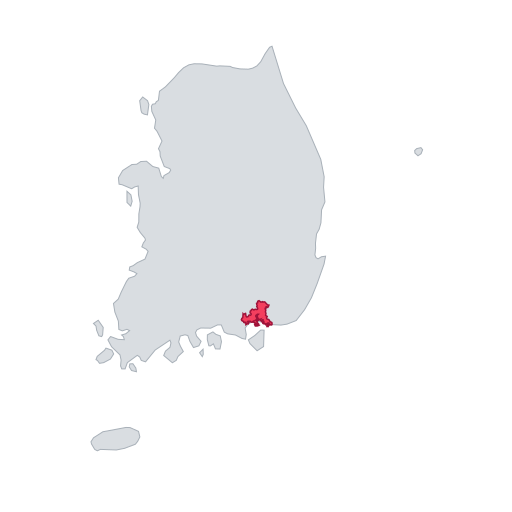 Changwon-si, South Gyeongsang, South Korea shown in context, rotated 6°
{"feature_id": "91817680B26152541530210", "entity_name": "Changwon-si", "entity_type": "district", "adm_level": 2, "iso_a3": "KOR", "parent_name": "South Korea", "parent_adm1": "South Gyeongsang", "projection": "mercator", "projection_center": [128.624, 35.222], "detail": "fine", "context": "in_parent", "style": "filled", "palette": "rose", "viewbox_px": 512, "rotation_deg": 6, "n_neighbors": 0, "source": "geoboundaries", "source_scale": "gbopen_adm2", "svg_char_len": 7037}
<svg xmlns="http://www.w3.org/2000/svg" viewBox="0 0 512 512"><g transform="rotate(6 256 256)"><path d="M140.7,113.0L142.6,111.5L142.7,109.3L142.8,102.2L148.2,97.3L156.1,87.2L159.9,81.6L164.3,76.4L169.3,72.9L174.3,71.3L182.1,70.6L197.1,71.3L200.0,70.7L210.5,70.1L212.9,71.0L220.5,71.6L228.9,71.0L233.1,69.5L237.0,66.9L240.4,62.3L244.0,53.7L247.7,47.0L250.0,45.7L265.3,81.6L279.9,104.6L292.4,121.2L310.3,153.1L315.5,170.1L316.0,180.6L318.9,195.0L316.4,203.2L317.1,216.2L316.0,222.8L313.9,227.7L313.8,237.1L314.5,242.1L314.5,248.8L315.9,251.4L318.0,252.3L321.2,249.9L325.2,248.9L324.5,256.9L319.7,277.0L315.5,291.7L309.9,304.4L302.7,316.0L294.0,320.5L288.0,322.1L276.4,322.7L266.8,320.8L258.5,322.2L255.2,324.6L252.7,328.7L254.5,335.1L254.3,339.8L250.8,339.5L243.8,336.7L236.0,336.4L232.4,335.0L228.7,328.2L225.0,328.5L218.5,332.5L208.5,333.4L205.0,335.6L203.8,338.4L205.3,341.9L210.3,346.6L208.6,351.3L203.4,353.6L199.2,347.8L196.5,342.2L193.6,341.8L189.0,343.5L188.1,349.6L190.3,353.7L193.7,358.6L188.9,364.1L187.6,368.1L184.0,370.9L174.6,364.6L175.9,360.1L180.0,355.8L180.5,351.3L179.2,348.7L165.6,360.0L157.2,372.8L152.8,371.8L150.9,368.6L148.3,367.2L139.2,375.5L137.6,382.0L134.3,382.3L132.8,379.5L132.7,373.6L131.1,368.6L121.8,361.3L117.5,354.9L119.8,351.3L127.6,353.3L133.8,353.0L132.6,350.0L130.6,348.6L134.7,346.9L138.1,343.4L135.3,342.4L130.9,344.4L127.3,343.4L125.9,335.1L121.5,326.5L119.2,318.1L123.5,313.3L125.8,305.8L129.8,294.9L131.8,291.4L137.4,288.8L139.4,286.0L136.4,284.6L131.4,283.3L131.6,280.1L134.9,278.4L138.7,275.0L145.9,270.7L148.2,262.7L146.1,260.7L141.5,258.8L142.6,254.8L144.4,251.7L143.7,249.9L138.4,244.7L134.8,239.9L135.9,234.5L135.1,226.3L135.5,219.4L135.3,215.6L132.7,207.2L131.5,198.7L128.1,200.0L125.3,202.1L115.4,199.1L112.3,198.9L111.0,192.6L114.5,184.9L123.0,178.0L127.8,177.2L131.5,174.1L137.2,173.2L144.0,177.8L150.1,178.8L153.5,186.8L155.6,188.5L156.1,185.6L161.0,182.1L162.2,179.5L161.1,178.1L155.4,176.6L150.3,166.6L149.6,162.3L147.8,159.5L150.5,151.5L144.6,142.4L141.7,139.5L142.1,131.2L139.0,126.0L137.3,123.1L136.3,118.1L137.2,115.9L139.9,115.1L140.7,113.0ZM121.4,464.6L118.6,466.3L116.0,465.3L115.3,464.5L112.1,460.2L111.3,458.0L113.4,453.8L122.1,446.8L144.6,440.1L148.6,439.8L157.5,442.7L159.4,448.1L157.7,452.7L155.7,455.8L145.4,461.0L137.4,463.5L121.4,464.6ZM273.0,345.3L267.0,350.1L259.1,343.7L257.2,340.2L263.2,335.1L268.4,329.2L271.8,328.9L273.0,345.3ZM230.6,344.8L229.9,352.3L225.4,352.6L222.8,347.8L220.0,350.2L218.5,350.2L216.3,344.2L215.9,339.5L221.1,336.0L224.3,338.1L228.8,339.2L230.6,344.8ZM115.6,378.0L111.6,379.1L109.3,376.5L107.7,375.8L108.6,372.4L115.2,365.6L116.4,363.3L122.5,364.7L124.7,368.3L122.0,373.7L115.6,378.0ZM133.6,116.5L133.3,127.0L129.8,126.6L127.5,125.5L126.5,123.5L124.1,113.7L126.7,109.7L131.9,112.9L133.6,116.5ZM111.7,350.5L110.9,352.3L108.1,351.8L105.3,346.5L104.2,342.4L101.4,340.1L105.8,336.4L111.5,343.0L111.7,350.5ZM127.1,214.5L126.2,219.5L122.1,216.2L120.9,205.1L125.2,208.3L127.1,214.5ZM409.5,137.0L406.6,139.4L403.3,137.0L402.8,134.5L404.6,132.4L408.7,131.0L410.6,132.9L409.5,137.0ZM148.2,380.0L149.2,383.6L144.2,382.9L141.5,379.5L141.8,376.5L144.8,376.0L148.2,380.0ZM213.8,359.4L213.1,361.7L210.0,358.1L213.1,354.2L213.8,359.4Z" fill="#d9dde1" stroke="#a8b0b8" stroke-width="1"/><path d="M266.9,300.9L265.7,301.4L265.0,300.9L264.1,300.4L263.7,300.1L262.6,300.7L262.4,301.0L262.5,302.3L261.9,302.7L261.5,303.0L261.9,304.4L262.4,305.2L262.0,306.2L262.5,306.8L263.0,307.6L263.2,308.3L263.0,308.9L262.2,309.2L261.2,309.0L260.1,309.4L259.6,309.9L259.0,309.7L258.0,309.2L257.1,309.8L256.9,310.8L256.1,311.3L256.0,312.4L256.1,313.2L257.0,313.7L257.3,314.3L257.1,315.1L256.7,315.5L255.8,315.3L255.0,315.7L254.8,316.6L254.2,317.3L253.0,317.6L252.5,317.0L251.9,315.6L251.9,314.9L251.6,314.2L250.7,314.7L249.9,315.3L249.4,315.0L249.2,314.8L249.3,318.0L249.2,318.8L248.4,319.6L248.4,320.2L248.1,320.8L248.6,321.7L249.2,321.9L249.6,322.2L250.5,322.3L250.8,322.8L250.8,323.3L251.4,323.6L252.3,323.1L252.8,323.0L253.1,323.6L252.9,324.7L253.2,325.2L253.2,325.3L253.6,325.0L253.8,324.7L254.6,324.3L255.5,324.3L255.6,323.9L255.6,323.3L254.8,322.7L254.5,322.2L254.9,321.7L255.5,321.7L255.7,322.1L256.1,322.3L256.7,322.3L257.1,322.0L257.1,321.6L257.6,321.9L258.0,322.2L258.5,322.3L259.1,322.3L259.3,321.9L259.6,321.9L259.8,321.5L260.1,321.1L260.5,320.9L260.3,321.3L260.6,321.5L260.9,321.8L260.6,322.1L261.1,322.5L261.6,322.6L262.0,322.6L262.7,322.9L263.1,323.0L262.5,323.4L262.2,323.6L261.8,324.2L262.3,324.7L263.0,324.8L263.4,324.4L263.7,324.4L263.7,324.8L263.3,325.0L262.7,325.3L262.5,325.5L262.9,325.7L263.9,325.5L264.5,325.5L264.9,325.2L265.8,324.9L266.2,324.7L266.4,324.5L266.1,324.4L265.7,324.2L265.3,324.4L264.7,324.4L264.4,324.1L264.6,323.8L265.1,323.8L265.7,323.6L265.7,323.3L265.3,323.1L265.0,322.9L264.8,322.5L264.3,322.3L264.2,322.0L264.1,321.4L264.1,321.0L264.1,320.9L263.6,320.9L263.3,320.7L263.7,320.6L263.9,320.5L264.2,320.3L264.3,319.9L263.5,319.9L263.1,320.1L262.7,320.0L262.5,319.7L262.7,319.4L263.1,319.7L263.3,319.8L263.8,319.4L263.9,319.2L263.6,318.7L263.3,318.0L263.2,317.4L263.1,317.1L262.8,316.7L262.5,316.6L262.2,316.3L262.0,315.5L262.2,315.0L262.9,314.4L263.1,314.1L263.3,313.9L263.7,313.7L264.5,313.7L264.2,314.1L263.7,314.2L263.5,314.4L263.5,315.1L263.6,315.4L263.7,316.4L264.2,317.2L264.5,317.6L264.7,317.9L265.0,318.6L264.8,318.9L264.6,319.3L265.0,319.3L265.3,319.6L265.5,319.4L265.7,318.9L265.9,318.6L266.6,318.7L266.8,318.5L267.0,318.4L266.8,318.7L267.0,319.5L267.4,319.5L267.8,319.5L268.1,319.9L268.2,320.6L268.5,320.6L268.7,320.4L269.0,320.2L268.8,319.6L268.7,319.0L268.8,318.9L269.4,318.7L269.7,318.7L269.7,319.1L269.8,319.6L269.9,319.8L270.1,320.0L270.6,320.2L270.7,320.5L270.6,320.8L270.3,321.1L270.0,321.5L269.6,321.6L269.9,322.3L270.3,322.3L270.6,321.9L270.9,322.0L271.2,321.9L271.4,322.0L271.2,322.6L271.8,322.6L271.9,322.4L272.3,322.6L272.3,322.8L272.6,322.9L272.7,322.6L272.9,322.4L273.1,322.4L272.9,322.8L272.7,323.1L272.8,323.3L273.1,323.5L273.5,323.6L274.0,323.8L274.3,323.9L274.6,324.0L274.6,324.5L274.4,324.7L274.3,325.0L274.7,325.0L274.9,324.8L275.0,324.5L275.0,324.0L275.2,323.5L275.4,323.2L275.5,322.8L275.5,322.5L275.1,322.5L274.7,322.5L274.5,322.2L274.5,321.8L274.9,322.1L275.3,322.1L275.4,321.7L275.5,321.4L275.7,321.2L275.9,321.3L275.9,321.7L276.1,321.9L275.9,322.1L276.2,322.3L276.5,322.2L276.9,322.4L276.7,322.6L276.4,322.7L276.1,322.7L276.0,322.8L275.7,323.2L275.9,323.8L276.0,323.5L276.2,323.3L276.6,323.2L277.3,323.0L277.8,323.0L278.3,323.0L278.8,322.9L278.9,322.5L279.1,322.2L278.9,321.0L278.7,320.5L278.4,320.3L277.9,320.2L277.2,319.9L276.9,319.8L276.5,319.4L276.1,318.7L275.9,318.4L275.2,317.8L273.6,317.6L273.1,317.0L272.9,316.0L273.4,315.4L273.5,315.0L273.1,314.7L271.8,314.2L271.8,313.3L271.9,312.0L271.2,310.6L271.4,309.0L271.2,308.2L270.6,307.7L270.7,306.9L271.4,306.8L271.3,305.5L272.0,305.3L272.6,306.0L273.1,305.9L273.6,304.9L274.0,303.5L272.6,303.4L271.8,302.7L270.8,301.9L269.8,300.9L268.8,300.7L267.7,301.2L266.9,301.0L266.9,300.9Z" fill="#f43f5e" stroke="#9f1239" stroke-width="1.5"/></g></svg>